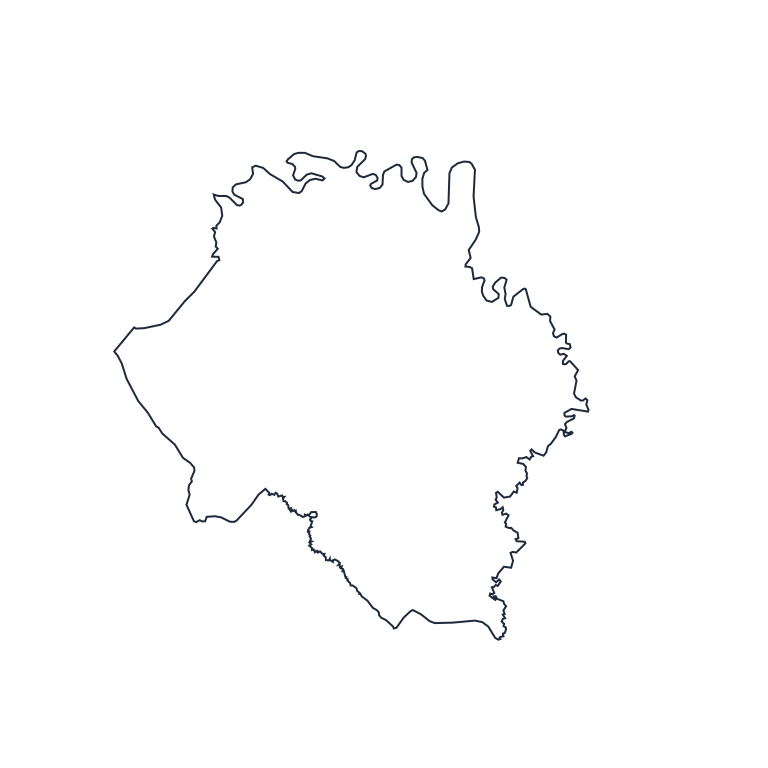 the district of Kanthararom, Si Sa Ket, Thailand, rotated 309°
{"feature_id": "78962969B19002153549753", "entity_name": "Kanthararom", "entity_type": "district", "adm_level": 2, "iso_a3": "THA", "parent_name": "Thailand", "parent_adm1": "Si Sa Ket", "projection": "mercator", "projection_center": [104.547, 15.116], "detail": "fine", "context": "isolated", "style": "outline", "palette": "slate", "viewbox_px": 768, "rotation_deg": 309, "n_neighbors": 0, "source": "geoboundaries", "source_scale": "gbopen_adm2", "svg_char_len": 6154}
<svg xmlns="http://www.w3.org/2000/svg" viewBox="0 0 768 768"><g transform="rotate(309 384 384)"><path d="M546.7,217.0L539.5,220.4L533.5,221.0L529.8,219.7L526.7,216.8L525.2,213.5L525.9,204.8L523.7,197.9L516.3,185.4L513.9,177.1L509.7,171.9L506.0,169.4L498.0,167.9L495.6,168.3L495.3,170.0L497.3,174.3L496.8,178.1L495.5,179.6L489.0,182.0L487.0,186.3L487.9,189.2L489.7,191.1L498.1,192.2L502.1,195.0L506.4,205.3L506.3,208.5L503.4,208.0L500.5,201.7L496.0,198.1L490.5,196.9L482.0,198.7L478.8,197.6L475.7,192.1L477.6,177.9L475.4,163.5L475.9,154.1L472.9,146.9L469.4,145.2L464.8,150.1L458.8,151.1L453.9,149.7L445.9,143.3L441.6,142.7L438.2,145.1L436.9,148.5L438.9,158.0L436.2,160.3L433.5,160.3L431.8,159.5L430.5,157.2L431.6,146.8L430.9,143.2L425.8,136.8L424.1,132.4L421.0,136.6L418.6,146.4L413.0,152.4L406.2,154.6L401.6,154.1L399.5,156.0L398.0,153.2L396.7,152.8L395.8,157.2L391.7,158.9L388.5,164.6L384.9,166.7L384.5,169.7L377.1,169.4L374.8,170.3L378.7,175.4L376.6,178.1L374.5,176.9L336.5,178.5L323.1,177.1L297.6,176.9L289.5,173.1L276.5,162.5L270.9,156.3L270.7,154.2L239.5,153.9L238.3,159.4L235.0,167.1L226.0,180.8L216.1,203.7L213.1,218.4L207.7,233.6L208.2,236.4L206.0,242.9L205.3,259.5L200.1,274.2L200.7,283.2L199.6,289.0L197.1,291.4L189.0,293.7L187.3,296.0L182.8,296.1L178.4,298.8L175.7,302.6L165.8,306.5L157.7,322.7L158.5,325.0L162.2,326.5L162.8,329.2L164.8,331.4L169.2,329.8L174.8,335.8L177.8,341.2L180.0,350.9L182.5,354.3L185.3,355.4L206.7,357.0L219.1,356.1L227.9,357.8L227.1,363.5L225.5,363.9L225.8,365.3L228.1,365.9L228.8,368.5L231.3,368.2L231.6,369.9L230.0,372.6L233.2,374.9L232.5,376.3L233.6,377.6L231.3,377.6L229.7,379.7L230.8,381.0L230.7,383.4L229.4,383.9L229.6,385.7L227.1,388.4L228.8,389.8L226.8,390.4L226.3,392.0L228.2,392.0L228.0,393.1L229.4,393.6L228.9,394.5L230.1,395.1L228.7,396.5L228.2,399.7L229.0,400.5L229.7,404.8L231.7,405.7L232.7,404.8L233.2,406.7L234.5,406.8L235.1,408.2L238.7,408.1L241.6,411.6L240.7,413.6L238.6,415.0L236.6,414.1L234.4,410.5L234.4,411.9L232.0,411.8L231.4,413.2L232.1,414.7L227.1,416.5L227.3,417.8L224.9,416.4L222.0,417.2L222.5,418.6L221.0,418.6L221.1,419.9L219.8,420.8L219.7,422.2L218.6,422.3L218.0,424.5L215.6,425.3L216.2,426.9L213.9,425.8L213.5,428.4L211.3,427.6L211.1,431.7L209.7,432.5L211.1,433.6L209.8,436.1L211.3,436.1L211.3,438.2L212.3,437.8L212.1,439.0L213.7,439.7L213.2,443.0L214.5,444.6L212.6,445.2L212.8,447.5L210.6,449.7L212.1,452.1L214.1,451.8L213.2,452.6L213.6,456.3L215.1,455.3L216.8,456.4L217.4,460.0L217.1,462.3L214.7,462.4L215.8,463.2L213.9,465.0L215.5,466.0L213.7,466.6L214.4,468.5L212.4,469.5L213.5,470.3L210.1,474.9L210.4,476.0L209.2,476.2L209.4,478.8L208.2,479.3L208.1,482.6L206.4,484.9L207.7,486.4L208.0,491.0L206.3,493.5L206.3,496.1L205.3,496.8L206.1,497.4L204.9,500.5L205.2,507.4L203.0,516.2L203.8,521.2L203.0,524.2L201.3,525.5L200.6,528.9L201.8,534.2L201.2,543.7L200.2,545.5L202.3,547.1L215.0,546.3L224.2,547.6L226.5,548.7L228.3,557.8L228.4,568.6L230.1,573.9L241.9,587.7L257.3,603.5L260.8,610.2L261.1,617.7L256.7,630.1L257.2,633.7L258.9,634.7L258.8,633.8L260.4,633.4L263.1,635.6L264.9,633.5L266.4,634.5L269.2,633.7L271.4,632.0L271.1,629.2L273.2,628.3L273.5,624.9L276.1,624.1L278.2,625.5L279.6,621.4L281.2,622.5L283.3,619.2L288.1,618.8L288.7,615.6L290.3,613.5L288.2,607.0L289.4,604.4L288.1,603.1L286.2,607.1L285.9,599.3L288.0,598.4L288.8,600.5L291.0,601.2L293.9,595.7L295.5,597.1L298.1,597.3L298.6,599.4L303.9,599.1L304.6,596.5L300.4,595.9L300.5,591.4L301.8,590.0L303.9,593.6L308.7,592.0L317.5,592.2L321.2,598.4L327.9,595.5L332.4,588.6L334.5,589.7L336.2,592.8L349.2,594.2L350.0,592.7L345.3,586.0L346.2,583.9L348.7,585.5L352.5,581.4L351.7,576.8L352.3,573.5L350.8,572.0L349.7,568.3L352.3,566.8L352.4,565.1L360.4,563.4L360.1,560.5L356.9,558.4L358.2,556.5L360.9,556.2L362.9,553.8L360.0,553.2L356.6,550.7L358.5,548.7L357.9,546.6L359.9,545.6L363.5,547.1L364.3,543.6L366.6,543.1L369.9,539.6L371.8,540.2L371.2,548.7L375.9,552.8L382.1,552.5L383.0,555.5L387.1,553.4L387.9,551.0L392.7,551.4L391.9,554.0L392.9,555.4L394.9,554.0L397.5,554.9L401.0,554.6L402.1,552.6L404.4,551.6L405.7,548.6L409.0,546.3L409.5,542.4L406.9,537.5L411.2,535.6L413.4,538.5L416.8,540.6L417.0,544.7L420.1,544.2L421.7,545.3L424.1,539.7L426.1,539.9L425.7,544.4L428.7,553.1L432.8,553.1L439.0,550.5L442.6,551.3L450.9,550.9L458.6,549.1L460.1,550.2L460.7,552.9L457.7,555.8L457.2,557.6L463.4,561.2L464.7,561.1L464.8,559.7L462.0,558.4L460.7,555.4L461.7,554.2L464.7,553.4L466.7,549.9L469.6,550.0L476.8,553.3L479.4,552.1L479.4,551.3L477.1,550.3L473.1,545.8L473.1,544.1L475.2,542.4L482.6,545.4L490.9,559.9L492.7,559.1L495.2,554.3L499.4,552.2L499.6,549.7L496.4,549.0L495.1,547.5L494.4,541.6L496.1,537.7L507.8,531.5L509.9,527.4L517.0,526.1L518.8,514.2L517.8,513.2L513.9,513.0L512.2,510.5L514.5,508.5L520.9,508.4L520.6,504.8L517.7,502.5L517.8,500.0L519.2,498.1L521.8,498.0L523.9,499.6L527.3,505.6L529.7,506.1L531.9,503.4L530.4,500.3L530.8,499.2L536.8,494.6L536.7,492.6L535.0,491.1L528.8,489.0L528.0,486.1L529.8,483.4L533.8,482.1L537.3,473.6L541.1,470.8L541.3,466.8L536.9,462.5L536.3,449.4L546.9,434.5L546.6,433.2L545.1,432.3L533.3,429.6L525.5,433.0L523.6,432.4L522.2,430.4L526.0,424.4L530.4,421.9L534.7,416.8L542.2,413.7L542.3,411.1L540.5,408.1L532.9,406.6L528.0,407.3L526.4,409.2L526.1,416.6L522.9,418.7L515.7,416.2L513.4,411.2L515.0,405.6L517.4,401.9L520.9,399.3L527.8,396.9L528.9,395.2L528.3,392.7L522.0,387.7L529.4,379.6L528.9,376.9L526.5,373.4L528.4,372.2L536.5,372.0L541.5,365.5L554.2,364.4L562.2,362.2L565.7,358.9L571.4,350.5L586.1,335.6L607.8,319.8L610.3,313.5L610.2,310.5L607.2,306.2L601.9,302.4L594.9,300.5L589.0,302.2L565.0,320.4L558.2,321.7L554.3,320.2L553.4,317.0L553.3,309.1L557.0,295.4L561.6,289.6L567.6,284.7L573.4,282.3L577.7,283.1L583.3,275.3L583.9,271.8L581.4,266.9L578.9,264.6L576.3,264.2L573.5,266.1L568.5,276.5L564.9,278.6L559.7,278.3L556.1,275.4L555.0,270.9L556.7,266.7L563.1,261.5L563.8,258.1L562.4,255.7L549.4,250.5L545.9,251.6L538.1,257.3L533.6,257.3L530.0,254.5L528.5,251.1L529.6,248.3L531.2,247.9L537.8,250.6L540.1,249.4L541.3,245.9L540.1,243.0L531.9,238.2L530.3,234.0L531.4,229.2L535.8,226.6L546.8,227.8L549.9,226.5L551.3,224.7L551.1,220.3L549.1,217.7L546.7,217.0Z" fill="none" stroke="#1e293b" stroke-width="2"/></g></svg>